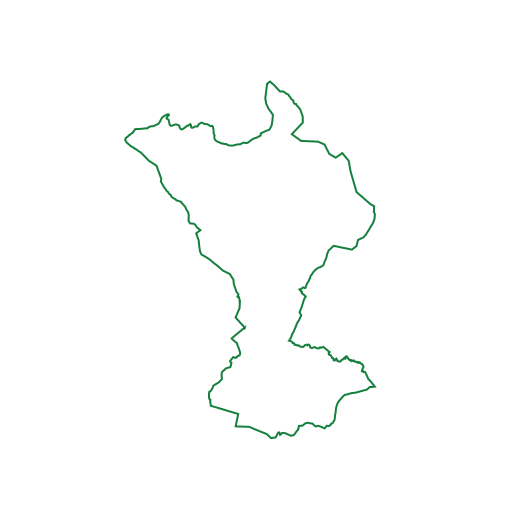 the district of Gwaram, Jigawa, Nigeria, rotated 222°
{"feature_id": "59680162B43366957039329", "entity_name": "Gwaram", "entity_type": "district", "adm_level": 2, "iso_a3": "NGA", "parent_name": "Nigeria", "parent_adm1": "Jigawa", "projection": "robinson", "projection_center": [9.954, 11.204], "detail": "fine", "context": "isolated", "style": "outline", "palette": "green", "viewbox_px": 512, "rotation_deg": 222, "n_neighbors": 0, "source": "geoboundaries", "source_scale": "gbopen_adm2", "svg_char_len": 6131}
<svg xmlns="http://www.w3.org/2000/svg" viewBox="0 0 512 512"><g transform="rotate(222 256 256)"><path d="M80.3,238.4L85.9,239.4L90.5,239.8L92.9,241.0L97.4,242.8L98.0,242.4L98.3,242.0L99.1,242.1L99.2,241.5L100.0,241.2L100.5,241.5L100.6,241.9L101.4,243.5L101.6,244.2L101.5,245.0L102.3,245.8L103.2,246.3L104.1,246.3L104.8,246.7L105.7,246.3L107.8,246.4L108.2,245.8L108.1,245.2L108.4,245.0L109.0,245.6L110.3,244.9L110.4,244.2L112.5,243.5L113.0,244.0L113.5,243.8L113.5,243.3L113.8,242.7L114.6,242.4L115.3,242.6L115.9,242.3L116.0,241.8L115.7,241.5L117.4,241.2L118.1,241.6L118.9,241.3L119.8,241.5L120.2,242.0L121.0,241.9L121.6,242.1L121.9,241.7L122.0,241.1L121.3,241.2L121.0,240.7L121.3,240.4L121.6,239.8L121.2,239.2L122.2,238.8L122.0,238.4L122.0,237.7L122.5,236.9L122.9,235.8L122.7,235.4L122.6,235.0L122.9,234.5L122.8,234.1L123.1,233.6L123.5,233.2L124.1,232.9L124.9,232.8L125.3,232.5L126.5,233.2L127.6,233.4L127.5,232.9L127.2,232.5L127.7,232.1L128.1,231.6L127.6,231.1L127.9,230.7L128.4,230.5L128.8,230.6L129.8,231.6L130.3,231.7L130.7,231.3L131.4,231.1L132.2,231.6L133.3,232.0L134.2,232.2L135.7,231.6L136.2,232.0L136.7,232.0L137.0,232.5L136.6,232.7L137.0,233.2L137.0,233.9L137.9,233.8L145.1,233.5L146.4,231.1L147.3,231.0L147.5,230.0L147.5,229.4L148.0,228.8L149.3,228.1L151.2,227.7L151.7,227.4L151.9,226.7L152.9,224.9L154.7,224.4L155.7,225.2L156.8,225.5L157.6,225.4L158.1,223.9L159.1,224.0L159.6,222.9L160.1,222.2L159.9,221.0L160.0,220.2L161.1,219.2L162.0,218.6L163.2,218.0L163.9,218.3L165.0,217.8L165.6,217.0L166.7,216.9L167.2,216.2L168.0,215.9L168.5,216.4L169.4,216.6L169.8,216.1L170.6,215.8L171.2,216.2L172.3,216.3L173.6,215.8L174.7,215.2L174.7,215.6L175.2,216.9L175.3,218.7L177.0,222.4L177.0,223.7L177.5,225.5L178.1,226.8L179.3,230.5L180.4,233.0L181.2,237.4L182.7,242.2L185.9,243.2L187.8,248.4L191.2,255.8L191.7,257.7L192.0,259.2L193.4,259.1L194.3,259.3L197.0,259.0L197.8,260.1L198.8,259.8L199.5,260.1L200.4,260.0L201.3,260.3L200.9,260.9L200.2,261.5L200.2,263.2L200.0,264.0L199.7,264.4L198.5,264.6L197.9,265.4L198.7,267.2L199.6,269.6L200.0,272.0L200.3,273.3L200.8,274.3L200.9,275.6L202.1,277.7L202.2,279.8L202.7,283.0L202.4,286.7L201.9,288.7L200.8,290.8L200.4,291.9L199.9,293.6L199.9,294.7L201.0,297.1L201.9,300.1L202.9,302.4L204.4,305.0L205.7,308.7L205.1,315.5L189.0,324.9L188.0,330.5L190.9,336.3L188.6,341.7L188.7,346.1L189.2,348.5L189.8,352.3L190.3,353.7L191.0,358.5L192.7,362.8L195.5,366.5L198.0,367.7L201.5,372.1L205.7,371.1L224.1,370.8L242.1,382.0L250.9,388.8L260.7,390.2L262.6,382.4L269.8,380.9L279.7,384.7L286.4,382.5L299.5,371.7L310.9,370.5L310.5,386.5L314.7,391.0L321.4,394.6L325.8,395.2L326.9,395.2L328.0,395.8L329.5,394.8L330.9,395.3L331.9,396.4L335.3,396.3L336.4,396.9L337.5,396.9L339.7,397.5L340.8,397.5L342.5,396.8L344.2,396.8L346.4,396.2L347.5,394.9L348.6,394.3L356.5,395.1L362.3,395.0L363.0,391.7L362.8,391.5L362.9,391.3L354.7,379.5L350.5,376.1L345.3,373.9L338.0,372.3L334.3,367.5L331.6,363.2L330.6,358.9L332.6,354.9L334.5,350.2L333.1,348.6L334.2,346.1L334.5,344.7L335.6,343.1L336.8,340.4L337.9,334.9L338.3,334.0L339.2,333.1L340.7,332.3L341.3,331.5L342.6,328.4L344.6,326.3L346.7,323.1L347.5,322.1L349.5,320.5L351.0,319.6L353.0,319.3L354.6,317.9L356.0,317.4L357.3,316.4L359.2,316.0L361.4,315.1L363.5,314.9L365.1,315.3L366.9,316.8L367.5,317.9L369.4,318.6L371.7,321.1L374.4,323.1L375.5,323.4L376.7,322.1L380.2,321.4L382.9,319.5L384.3,319.3L385.7,318.7L386.1,317.8L386.7,315.5L386.1,313.2L388.0,311.4L388.6,309.4L389.4,308.4L390.2,308.3L391.0,308.8L391.7,309.6L393.1,310.0L393.3,308.5L393.7,308.0L393.9,307.0L394.4,306.5L394.9,303.3L395.4,301.0L396.1,300.2L397.4,300.0L398.8,300.5L400.0,301.3L401.2,301.4L403.3,300.4L404.3,299.3L405.7,296.5L406.5,295.7L408.0,295.8L411.3,298.2L412.4,298.8L414.3,298.3L414.8,299.0L415.2,300.5L414.9,302.1L415.4,302.8L416.2,302.5L417.0,301.2L417.8,298.8L418.2,297.3L418.4,295.7L417.1,290.7L417.0,288.8L419.2,283.8L420.9,281.9L422.0,280.0L422.1,278.3L424.1,276.3L428.0,271.9L429.1,271.2L430.7,269.3L430.1,265.0L430.7,263.1L430.7,261.9L431.2,260.6L431.2,258.7L431.7,256.9L431.2,255.0L430.1,254.4L427.8,253.8L422.3,253.9L420.0,254.5L418.4,254.6L415.6,255.2L414.5,255.2L410.6,255.9L399.5,255.1L390.3,256.5L377.9,249.9L376.6,247.7L369.4,245.3L368.3,245.3L366.6,244.7L363.8,244.7L362.7,244.1L359.9,244.2L358.8,243.6L356.6,243.6L353.7,244.3L352.6,244.1L347.7,246.2L346.6,245.6L345.0,245.6L341.1,245.1L340.0,244.4L338.3,243.8L336.1,243.3L333.3,241.4L329.8,237.1L326.9,236.1L324.0,238.2L322.5,238.6L320.9,238.3L319.3,237.8L314.6,238.0L315.6,232.8L309.1,229.3L304.4,225.0L300.7,222.0L297.7,220.6L293.2,221.6L287.5,222.5L282.4,222.5L279.3,222.9L270.9,223.0L263.4,225.1L257.0,223.3L253.7,220.3L246.9,216.5L243.2,215.6L242.8,214.2L242.7,213.4L242.1,213.3L241.6,213.5L241.0,214.0L240.3,213.3L239.9,213.1L238.5,212.2L237.9,211.4L237.7,211.6L233.3,206.2L230.0,196.6L216.9,195.3L216.8,195.5L216.7,195.2L216.5,195.3L216.1,195.0L216.0,194.3L216.8,193.4L219.0,178.6L218.2,178.3L214.6,178.3L212.0,178.5L209.8,177.2L207.8,176.3L203.2,173.6L202.1,172.3L201.8,171.1L202.3,170.0L202.7,169.3L202.8,168.5L202.5,167.7L203.0,167.2L203.0,166.6L203.5,166.2L204.3,166.1L205.3,165.6L205.0,161.2L204.8,160.4L204.3,160.1L202.9,160.3L201.2,157.5L200.8,156.2L203.3,152.1L203.1,150.8L203.5,149.2L203.5,146.7L201.8,144.3L199.0,141.8L199.0,137.5L200.2,133.6L200.9,131.0L200.0,128.9L199.3,125.4L199.5,124.5L199.9,123.9L198.4,121.7L195.5,118.7L193.5,118.6L193.0,117.4L189.3,114.5L163.5,126.7L157.2,115.9L156.1,116.6L146.6,124.6L141.6,126.2L128.7,130.9L123.0,130.7L120.0,134.3L121.0,138.2L121.2,139.2L121.1,140.1L120.5,140.5L118.4,139.2L118.2,139.7L118.2,140.7L118.3,141.6L117.4,142.6L116.0,143.8L109.7,145.8L108.1,148.3L108.6,154.2L108.5,155.2L109.0,156.1L109.1,156.6L109.5,156.8L110.4,158.5L109.5,159.3L108.5,160.5L107.9,161.0L107.4,164.6L106.5,165.9L105.6,167.1L103.7,167.9L101.9,169.3L99.1,169.0L97.2,169.6L96.2,171.4L93.8,172.5L89.7,173.8L89.8,177.2L88.0,178.4L87.5,180.6L87.9,181.1L87.3,183.6L87.7,185.0L87.9,186.8L90.8,190.7L92.4,193.4L94.0,195.4L95.7,198.3L96.8,201.1L97.3,203.7L97.4,209.6L97.1,212.3L95.8,213.9L93.3,218.0L90.7,220.9L84.1,231.1L83.9,234.5L80.3,238.4Z" fill="none" stroke="#15803d" stroke-width="2"/></g></svg>